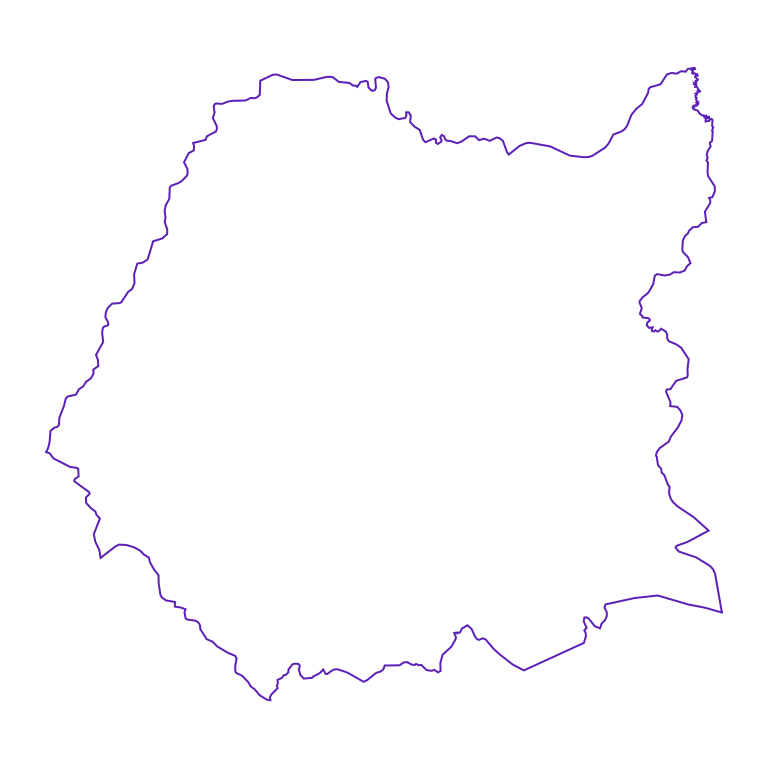 Mueang Loei, Loei, Thailand
{"feature_id": "78962969B17428732488190", "entity_name": "Mueang Loei", "entity_type": "district", "adm_level": 2, "iso_a3": "THA", "parent_name": "Thailand", "parent_adm1": "Loei", "projection": "albers", "projection_center": [101.792, 17.544], "detail": "fine", "context": "isolated", "style": "outline", "palette": "violet", "viewbox_px": 768, "rotation_deg": 0, "n_neighbors": 0, "source": "geoboundaries", "source_scale": "gbopen_adm2", "svg_char_len": 6001}
<svg xmlns="http://www.w3.org/2000/svg" viewBox="0 0 768 768"><path d="M193.1,143.0L194.1,146.0L193.7,150.5L188.7,153.1L184.0,162.3L187.4,168.8L187.6,173.6L186.8,175.8L182.0,180.8L178.8,182.9L171.1,185.8L169.8,187.3L169.3,198.9L165.8,205.2L164.6,210.5L165.5,217.4L164.7,222.1L167.3,229.5L167.1,234.1L162.4,238.4L153.1,241.3L147.7,259.4L142.8,262.6L137.3,263.6L134.1,274.2L134.5,283.3L132.0,289.1L128.3,291.7L121.3,302.2L119.5,303.1L112.2,303.6L107.7,308.0L105.9,312.3L105.3,317.0L107.8,321.6L108.4,324.5L107.6,325.5L104.1,326.6L102.8,328.1L102.1,332.8L103.2,341.9L96.0,354.9L97.9,359.7L98.3,366.1L93.2,369.6L93.6,373.4L91.0,378.2L86.0,381.9L83.2,386.4L78.9,389.3L75.9,394.7L68.1,396.3L65.8,398.6L64.1,405.5L59.4,417.7L59.0,424.9L57.1,426.9L54.2,427.7L50.5,430.9L49.6,442.1L48.0,448.4L46.1,452.1L49.5,453.2L53.6,458.5L70.2,467.0L76.3,467.7L78.2,468.8L78.6,476.5L74.7,479.1L74.3,481.3L89.1,492.1L89.6,493.8L85.9,497.5L86.2,503.0L91.2,508.4L95.3,511.4L96.5,514.8L99.9,518.5L93.8,534.2L95.3,541.6L99.4,550.4L100.6,557.9L115.5,546.3L119.2,544.6L126.5,545.0L134.3,547.4L140.1,550.6L144.1,554.7L148.9,557.6L149.8,561.9L153.7,569.0L158.5,575.2L158.7,583.5L160.4,594.7L161.8,597.4L166.0,600.4L175.1,602.0L174.8,606.6L180.8,607.5L185.5,609.3L184.5,612.4L185.6,618.4L187.5,619.6L195.3,620.6L198.0,622.1L199.8,624.7L200.4,629.2L206.6,639.1L212.6,641.7L217.3,646.5L227.7,652.7L235.2,655.9L236.6,658.6L235.4,664.7L235.2,670.6L236.0,672.8L242.2,675.8L248.3,682.2L250.8,686.5L254.5,689.1L259.5,695.1L266.2,699.3L269.1,700.2L270.4,700.2L270.0,697.2L271.2,694.7L277.6,688.1L276.8,685.6L277.8,683.6L277.6,679.9L282.0,677.8L283.6,675.3L285.8,674.8L288.3,672.5L288.5,669.4L292.7,664.2L294.6,663.7L298.4,663.9L299.8,665.7L298.9,669.4L300.3,674.8L303.7,678.6L312.1,677.8L313.4,676.4L319.6,673.3L323.2,669.5L325.6,673.9L327.1,674.0L333.5,669.6L337.6,669.3L347.3,672.5L363.6,681.8L367.3,680.0L376.3,672.8L380.8,671.5L383.3,669.4L384.7,665.5L399.5,665.3L403.6,662.5L407.0,662.1L411.5,664.5L414.8,665.0L416.0,663.9L418.6,665.2L421.4,665.0L426.6,670.1L431.5,670.8L434.4,669.9L438.0,672.4L440.6,670.9L440.3,663.2L442.6,654.7L451.2,646.9L455.3,639.8L456.0,637.3L454.2,633.1L456.2,632.5L457.4,633.4L458.0,632.6L459.9,632.6L461.9,628.6L467.4,625.3L471.7,629.1L474.9,636.4L477.1,639.2L478.9,639.9L483.0,638.3L485.9,639.7L493.5,648.8L499.1,653.9L512.8,664.6L523.9,670.4L583.9,642.9L585.9,636.3L585.7,632.9L584.3,630.4L586.6,627.8L583.7,621.3L584.4,617.5L586.0,617.3L588.5,618.4L595.0,626.4L600.0,628.3L601.6,623.6L605.1,620.0L606.8,616.0L606.8,612.3L604.5,607.5L605.5,604.4L634.8,598.0L657.7,595.5L688.4,604.5L704.6,607.6L721.9,612.5L715.1,573.9L713.0,569.1L709.8,565.8L696.1,557.4L678.7,551.5L675.7,547.8L675.8,546.6L677.2,545.6L687.3,542.0L708.6,530.6L693.6,517.1L677.4,506.3L673.0,502.1L670.8,498.8L669.1,493.5L669.5,486.2L668.1,485.2L664.3,475.1L661.6,472.4L661.2,468.8L658.0,465.2L656.7,456.6L655.9,455.6L656.8,452.1L659.7,448.1L668.9,441.5L670.8,436.7L677.8,427.5L681.5,420.4L682.3,414.7L680.2,410.1L677.2,406.9L670.2,406.1L670.5,402.3L666.1,391.8L666.7,389.5L670.4,389.2L676.1,380.9L687.0,377.4L687.7,375.7L687.5,368.8L688.7,359.2L681.2,347.8L676.7,344.6L668.7,341.1L667.1,338.1L667.2,334.5L665.8,331.6L661.1,328.7L658.6,331.3L657.0,331.4L655.3,330.2L653.9,331.5L652.1,331.1L651.6,330.1L652.6,327.3L649.1,327.9L646.7,325.2L647.4,322.6L649.8,320.5L649.7,319.4L648.6,318.3L642.5,317.4L642.4,316.2L639.9,313.9L641.8,308.1L639.5,302.5L639.7,301.0L642.4,297.5L648.4,292.6L653.1,284.5L654.8,275.8L657.1,274.1L664.7,275.5L670.0,274.6L673.7,272.2L680.0,272.5L684.7,270.5L687.1,266.1L690.5,263.2L688.0,257.2L683.0,252.0L682.3,250.0L682.8,240.7L685.2,235.6L687.7,233.8L689.2,230.6L692.7,227.3L698.1,226.8L701.7,223.1L706.3,222.1L704.9,211.7L710.2,203.2L710.2,199.9L709.1,197.9L712.4,197.1L714.9,191.3L714.7,186.3L708.2,176.3L707.5,172.0L708.0,162.6L706.4,160.4L707.7,158.0L706.7,155.1L707.8,150.8L710.6,146.5L709.8,142.8L712.1,140.8L712.7,131.1L712.0,130.7L713.3,127.3L712.1,126.0L712.5,120.1L711.6,118.8L709.7,119.7L709.3,120.8L705.6,121.5L705.8,118.3L709.2,118.2L709.1,116.8L707.2,117.1L706.5,115.9L705.8,117.0L704.9,116.1L704.3,117.0L703.6,115.4L701.7,115.3L699.2,113.0L697.9,110.7L693.1,108.9L692.7,107.1L694.2,106.9L693.8,105.7L694.9,105.9L696.2,104.5L696.9,105.6L698.2,104.0L697.5,103.6L698.2,102.3L696.6,102.2L697.2,101.2L695.9,99.4L696.6,97.6L695.5,97.0L695.5,95.7L696.8,94.5L695.6,93.6L700.0,91.4L699.2,90.2L697.9,90.4L698.4,89.6L696.9,86.7L695.3,86.9L696.0,85.2L694.1,84.4L694.8,83.7L694.2,82.9L696.2,83.2L695.6,80.9L697.3,80.6L697.9,79.5L695.0,76.8L695.8,75.6L697.6,75.6L697.2,74.2L696.1,74.7L694.6,73.2L693.0,73.8L692.1,72.9L693.1,71.1L691.6,70.2L692.8,69.0L695.0,69.0L694.5,67.8L687.7,69.0L685.7,71.7L681.2,71.2L676.5,73.7L671.7,72.9L667.0,74.4L660.5,84.3L650.3,87.2L648.6,89.1L648.1,92.8L642.3,103.9L636.3,108.8L631.5,114.7L627.0,125.9L624.5,129.3L621.0,131.7L613.4,134.5L608.6,143.5L605.1,147.6L592.3,155.9L588.4,157.0L583.7,157.2L569.8,155.6L550.2,146.4L529.6,142.7L525.6,143.3L519.6,145.9L508.7,154.6L506.9,151.9L502.9,140.8L499.4,138.1L496.6,137.5L489.8,140.8L484.0,138.7L479.0,140.2L475.3,136.4L469.3,136.2L461.1,141.8L457.1,143.2L450.9,141.1L446.5,140.6L444.8,138.8L444.3,136.4L441.7,134.9L440.2,137.4L441.5,139.9L441.3,141.6L437.8,144.0L435.9,142.7L436.0,139.5L433.8,138.5L425.5,142.2L423.1,139.9L419.8,130.0L414.6,126.7L410.1,122.1L410.8,115.7L408.7,112.3L406.1,112.3L406.4,115.7L405.2,117.9L398.6,119.2L395.4,117.7L390.7,113.4L386.6,100.7L387.0,93.1L388.6,87.1L388.0,82.2L384.9,78.8L379.1,77.1L376.3,77.8L375.2,79.1L376.0,87.8L374.6,90.4L371.8,90.8L368.5,87.5L367.7,81.9L366.2,80.9L360.4,82.1L357.3,86.9L355.9,85.7L353.4,85.7L349.2,82.9L338.9,81.9L333.1,77.4L330.7,76.8L326.6,76.9L313.8,79.9L292.3,80.0L276.7,74.5L272.7,74.8L260.3,80.7L259.8,95.0L256.7,97.5L254.6,98.2L250.9,97.9L245.5,100.5L233.2,100.8L228.1,101.5L222.0,103.9L216.0,103.5L214.7,104.2L213.7,106.5L214.6,112.7L212.8,117.9L216.7,126.0L216.9,129.1L215.9,131.5L206.9,136.3L205.5,139.9L193.1,143.0Z" fill="none" stroke="#5b21b6" stroke-width="2"/></svg>